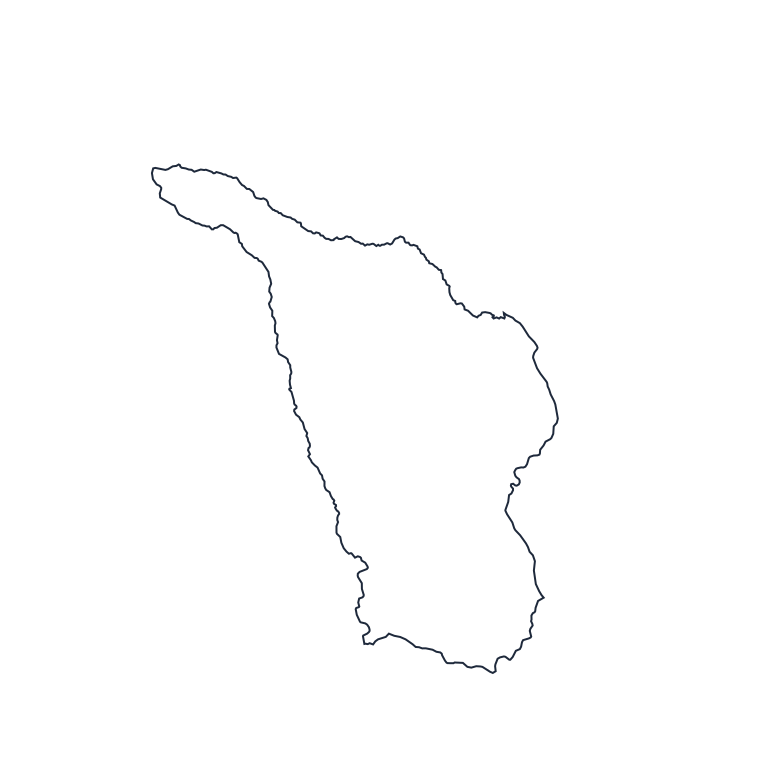 outline of Recetor, Casanare, Colombia, rotated 329°
{"feature_id": "7082276B50018547886325", "entity_name": "Recetor", "entity_type": "district", "adm_level": 2, "iso_a3": "COL", "parent_name": "Colombia", "parent_adm1": "Casanare", "projection": "equal_earth", "projection_center": [-72.771, 5.277], "detail": "fine", "context": "isolated", "style": "outline", "palette": "slate", "viewbox_px": 768, "rotation_deg": 329, "n_neighbors": 0, "source": "geoboundaries", "source_scale": "gbopen_adm2", "svg_char_len": 6149}
<svg xmlns="http://www.w3.org/2000/svg" viewBox="0 0 768 768"><g transform="rotate(329 384 384)"><path d="M291.9,95.8L293.9,99.0L294.1,101.1L293.4,102.2L290.0,105.1L288.2,108.9L294.6,120.8L296.4,123.2L295.6,130.9L295.8,133.5L300.3,141.1L301.8,142.1L302.7,144.4L304.7,147.4L305.4,149.1L307.7,150.9L310.0,154.6L311.8,155.9L313.0,157.5L315.3,158.8L316.1,162.8L317.3,163.5L319.0,163.0L321.3,164.0L325.8,163.8L327.9,165.0L331.7,172.0L333.0,176.7L333.7,177.6L334.7,177.9L335.3,178.9L335.7,180.3L333.0,187.9L334.3,190.7L333.4,193.0L334.2,200.1L337.0,205.6L338.0,209.2L339.8,210.5L340.3,211.6L340.1,213.7L341.9,216.1L342.3,217.3L342.7,228.4L340.9,232.6L340.4,235.9L338.9,240.0L335.5,242.5L333.2,245.7L333.4,248.3L332.6,251.6L329.0,254.9L328.1,255.0L326.7,256.0L325.8,259.7L326.0,263.7L323.1,268.2L323.6,270.7L323.1,274.1L322.3,276.0L320.5,277.7L317.4,283.2L317.3,284.3L318.2,286.8L317.9,287.6L314.8,291.3L313.8,294.2L311.8,295.4L310.6,297.3L309.5,304.1L313.2,310.5L314.1,313.2L313.1,315.8L313.3,319.6L312.1,321.6L310.8,326.0L309.8,327.3L308.1,328.1L306.5,330.9L304.8,332.6L303.1,336.1L302.1,339.6L300.5,339.3L299.9,340.0L300.6,343.2L298.2,352.0L297.0,354.3L296.8,355.5L297.5,357.4L297.4,358.4L296.5,359.5L294.0,359.7L293.0,360.9L292.8,365.0L294.3,368.8L294.0,371.4L294.6,375.2L292.7,381.7L292.9,386.5L290.7,388.6L290.7,391.1L289.7,393.8L289.6,396.9L288.6,399.0L287.4,400.0L286.4,400.0L284.8,401.6L284.4,406.0L281.8,407.1L282.1,411.6L281.8,414.0L282.8,418.3L284.0,421.4L283.2,427.8L283.8,430.4L282.6,433.6L282.8,436.9L280.4,440.8L279.9,443.2L279.9,445.1L281.6,448.7L280.8,452.7L280.8,456.2L281.3,457.0L281.3,458.4L279.6,459.8L279.4,460.8L280.5,463.0L280.0,464.0L278.5,464.6L278.3,465.8L278.4,468.3L279.1,469.7L279.1,471.4L278.6,472.3L276.9,473.0L275.2,474.5L273.9,476.5L273.5,478.7L270.0,481.4L266.7,487.0L266.5,488.2L267.7,492.6L265.7,498.1L264.9,504.0L265.5,508.3L266.5,511.4L268.6,512.0L269.0,512.7L269.7,517.9L272.8,518.2L274.3,519.9L274.7,521.0L273.9,523.8L275.9,527.5L275.9,532.1L275.5,533.2L274.0,533.8L266.3,532.5L263.9,533.1L262.7,534.8L262.3,536.2L262.4,543.3L259.5,548.3L258.0,554.4L257.2,555.3L255.7,555.8L252.2,555.1L249.4,558.0L248.2,562.0L247.5,562.3L244.9,561.7L243.8,562.4L241.8,567.8L241.0,575.4L241.3,576.3L244.7,579.6L245.6,581.6L245.8,584.7L245.2,586.9L244.5,588.2L243.5,588.8L241.0,589.3L236.7,588.9L236.1,589.3L233.3,596.7L234.3,597.0L236.1,598.6L238.2,598.8L240.5,601.6L244.0,600.1L247.4,599.8L255.3,601.7L259.6,600.5L263.1,605.1L267.6,609.2L271.0,614.0L274.5,621.8L275.7,625.7L278.5,627.7L280.6,630.3L283.7,632.1L288.8,636.8L291.0,640.5L294.0,643.1L294.6,644.9L294.1,646.4L293.8,652.5L294.1,655.1L294.7,656.0L299.7,659.1L301.1,659.1L308.0,663.7L309.8,669.4L312.8,672.1L317.7,673.4L321.2,675.8L322.7,677.2L326.7,685.3L328.4,687.7L331.8,687.7L333.9,683.1L335.1,681.7L339.9,678.0L342.7,678.1L346.5,679.3L347.6,680.4L349.4,684.9L350.2,685.4L353.7,684.3L359.6,680.6L363.9,681.2L366.2,679.8L369.3,676.4L371.3,675.2L377.2,676.7L379.2,676.8L380.1,676.3L381.8,670.7L383.4,669.2L387.0,667.6L387.6,666.0L387.9,663.1L389.2,661.8L391.1,658.4L393.5,657.1L395.5,657.2L396.6,656.6L398.7,653.9L404.3,649.3L410.8,649.4L410.3,646.0L410.3,641.5L411.1,633.7L416.4,621.1L422.1,613.6L423.4,607.5L422.4,602.8L423.4,598.0L423.6,593.8L422.8,583.8L421.3,577.0L421.3,574.8L422.7,568.8L422.4,559.0L422.8,555.1L423.3,554.4L429.7,549.1L434.0,543.6L436.8,543.5L439.9,541.5L440.7,540.1L440.2,537.4L440.4,536.5L441.4,535.4L443.3,536.0L444.3,538.6L445.4,539.5L447.9,539.5L449.6,538.3L450.5,536.6L450.7,535.0L449.5,532.2L449.3,530.2L450.3,526.6L452.0,525.5L453.7,524.7L455.0,524.9L458.6,526.1L460.5,527.4L462.6,527.7L465.3,526.4L470.0,522.1L471.8,521.6L475.4,522.4L478.8,524.2L480.8,524.6L481.8,523.9L484.0,520.8L489.1,518.9L492.8,516.6L498.1,516.9L499.7,516.5L503.4,513.9L507.7,507.7L512.1,506.3L515.2,503.2L520.3,489.8L521.0,486.3L521.5,478.8L522.7,473.8L523.0,470.5L524.3,467.4L524.5,465.9L523.4,455.7L523.3,449.3L525.3,438.3L526.3,436.9L529.1,434.5L533.3,432.9L534.3,432.0L534.7,430.2L534.5,425.5L532.7,417.8L532.4,406.2L531.8,401.8L529.3,397.3L528.5,393.6L524.5,387.8L523.3,384.8L522.5,386.6L522.1,388.9L520.9,389.8L518.5,386.8L516.4,387.2L514.8,384.9L511.7,384.3L511.4,382.6L513.3,382.2L513.4,381.7L512.2,380.2L511.8,378.4L511.1,377.5L507.7,374.5L504.9,373.3L502.4,374.6L500.2,374.2L498.2,374.9L495.5,371.1L493.8,364.5L491.5,361.6L492.6,359.0L492.2,355.1L491.1,354.2L487.4,353.1L487.1,352.4L487.0,351.2L487.8,349.5L486.5,347.8L486.6,341.9L487.4,339.0L489.3,335.4L490.5,334.3L490.5,333.5L489.0,330.9L489.9,326.9L488.6,324.4L490.8,319.9L490.6,318.0L491.6,315.8L489.8,314.3L489.2,311.1L488.4,309.9L487.3,306.1L485.0,303.8L485.6,301.9L484.4,299.2L484.9,297.5L484.6,296.1L484.9,293.7L483.1,291.0L483.8,287.1L482.8,285.4L483.5,283.1L480.9,279.9L479.6,279.7L478.3,278.8L477.9,278.0L477.8,275.5L475.7,274.2L475.2,272.8L476.2,269.5L475.8,268.0L473.9,265.9L470.9,266.0L468.9,265.3L467.3,265.6L463.3,267.7L461.1,267.6L459.6,265.2L458.8,264.8L455.8,264.6L453.9,263.5L452.1,263.6L451.3,263.1L450.8,261.7L448.5,261.8L447.2,258.5L446.3,257.8L443.0,257.0L441.6,255.7L439.0,255.6L438.1,252.7L436.6,252.0L435.3,249.2L432.8,246.7L431.0,240.7L429.6,240.1L428.4,238.4L426.9,238.0L425.0,238.4L422.0,237.7L419.8,236.2L419.2,234.1L415.5,234.2L414.9,234.7L412.6,233.5L411.2,231.1L409.2,229.8L408.4,228.1L408.0,225.4L406.2,224.0L406.3,221.7L405.8,221.0L403.9,219.1L402.2,219.3L400.8,218.3L400.1,215.6L397.8,213.9L394.3,206.2L395.5,203.5L395.5,202.7L393.0,200.8L392.1,197.1L390.3,195.1L389.7,193.2L387.2,191.1L384.1,187.2L383.5,184.3L381.9,183.3L381.6,181.4L379.8,179.4L379.6,178.4L378.5,177.5L377.1,171.2L378.1,168.2L378.0,165.6L376.3,162.8L373.9,162.1L370.5,159.0L370.0,158.1L369.8,156.0L370.7,152.1L369.0,147.5L366.9,146.1L366.0,142.2L364.8,140.3L364.2,136.6L364.1,132.0L363.7,131.0L360.7,129.7L359.7,127.7L357.2,125.3L356.1,122.9L354.2,121.6L353.1,119.8L349.5,116.0L347.5,116.1L346.3,115.5L345.7,113.5L341.7,108.6L340.1,108.0L337.4,105.8L330.7,104.3L329.4,101.3L327.1,99.6L325.1,97.1L321.9,94.4L321.4,92.6L321.8,91.4L321.1,90.1L318.3,90.1L315.0,88.6L309.4,88.6L306.9,87.9L299.3,81.0L297.2,80.3L293.7,83.7L291.4,89.5L291.9,95.8Z" fill="none" stroke="#1e293b" stroke-width="2"/></g></svg>